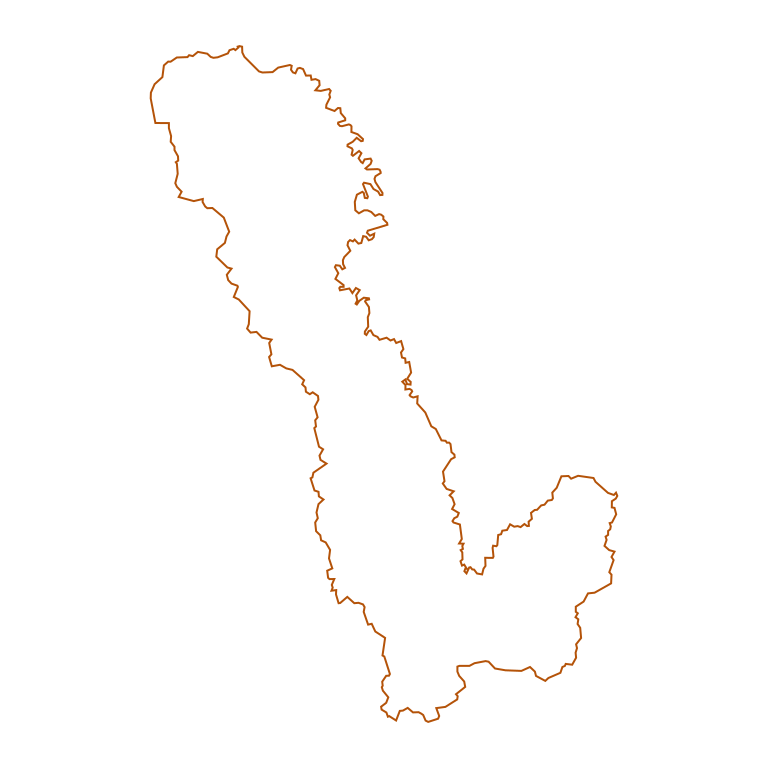 Myawaddy, Kayin, Myanmar (orthographic projection)
{"feature_id": "60261553B30562402338544", "entity_name": "Myawaddy", "entity_type": "district", "adm_level": 2, "iso_a3": "MMR", "parent_name": "Myanmar", "parent_adm1": "Kayin", "projection": "orthographic", "projection_center": [98.555, 16.566], "detail": "fine", "context": "isolated", "style": "outline", "palette": "amber", "viewbox_px": 768, "rotation_deg": 0, "n_neighbors": 0, "source": "geoboundaries", "source_scale": "gbopen_adm2", "svg_char_len": 6077}
<svg xmlns="http://www.w3.org/2000/svg" viewBox="0 0 768 768"><path d="M178.7,197.0L193.8,201.1L202.8,199.0L202.6,202.0L205.2,206.5L207.3,208.2L212.4,208.0L223.8,217.6L229.2,231.7L226.5,236.5L224.9,242.9L217.2,249.3L216.3,256.7L227.4,267.5L231.5,268.6L226.8,274.8L228.2,280.1L231.5,283.6L237.4,285.7L237.9,286.9L233.8,297.0L238.8,299.5L249.6,311.2L248.8,324.2L247.1,328.6L250.6,332.6L256.5,331.9L262.2,337.7L271.6,339.6L269.2,343.0L271.4,354.3L269.1,357.0L271.8,366.3L280.0,364.8L286.3,368.4L292.5,369.9L304.1,380.2L302.2,384.3L305.5,387.4L305.9,391.7L309.8,394.2L312.7,392.3L318.0,396.0L318.4,399.8L314.7,406.8L317.6,417.3L315.2,420.3L316.0,426.5L314.3,428.1L319.0,446.7L323.1,449.3L319.5,455.6L320.5,459.9L326.5,463.6L313.4,472.7L312.4,477.4L310.6,478.3L314.5,490.5L318.5,491.8L318.9,496.4L323.5,499.5L318.5,504.1L316.5,512.5L317.8,518.2L315.2,522.5L316.1,531.2L320.3,535.3L321.1,540.3L325.7,542.4L330.1,549.9L329.0,558.4L332.3,568.4L327.2,570.7L328.1,577.8L329.5,579.1L334.3,579.0L331.8,584.9L332.7,587.6L331.5,590.7L336.2,590.1L336.0,594.4L338.6,603.2L340.2,603.0L347.3,596.9L354.3,603.2L358.5,602.8L363.0,604.4L364.6,607.1L363.7,611.9L368.1,624.6L371.7,623.8L375.3,631.5L385.1,637.9L382.5,655.5L384.3,656.5L389.9,674.0L389.0,675.7L386.2,675.8L382.2,681.7L382.7,685.7L381.8,687.2L382.9,690.7L388.3,697.3L386.2,702.8L381.1,706.7L381.6,709.6L386.4,712.5L387.9,716.7L389.2,716.1L396.1,720.5L399.8,710.9L402.9,710.6L407.7,707.9L413.0,712.4L418.6,712.2L421.2,713.6L423.2,715.0L425.6,720.6L428.2,721.9L438.1,718.7L439.2,716.0L436.3,708.1L445.4,706.9L457.2,699.4L457.7,696.2L456.0,694.2L465.2,686.9L464.2,681.5L459.2,675.9L457.4,671.6L457.4,666.6L459.3,665.9L469.4,665.9L474.5,663.2L485.6,661.1L488.6,661.7L495.0,668.5L505.5,670.3L521.4,670.9L530.0,667.0L534.9,671.6L536.0,675.9L545.3,680.9L548.4,678.0L560.4,672.8L562.4,667.0L564.9,665.9L565.7,663.9L572.2,664.7L576.1,657.7L575.6,652.7L577.0,648.1L576.1,644.3L581.1,638.0L580.2,627.8L577.6,624.0L578.3,619.3L575.5,617.2L577.8,613.3L575.8,611.8L575.8,606.7L583.6,601.6L588.0,593.4L594.6,592.7L611.1,583.4L611.5,574.7L609.3,572.2L613.6,560.1L611.5,557.0L614.5,551.6L609.2,550.1L604.5,545.9L606.6,539.9L605.6,536.6L608.1,534.9L608.1,531.0L610.2,529.3L610.8,526.4L609.7,523.1L612.0,522.5L616.2,514.3L614.5,507.9L611.8,507.4L611.9,501.2L615.8,498.6L617.3,495.9L616.0,492.7L613.9,495.0L608.0,492.9L595.5,481.8L593.5,478.0L578.1,475.8L571.1,478.7L568.5,476.0L561.4,476.3L556.7,487.8L552.3,492.6L552.9,498.4L551.8,500.0L547.8,500.6L544.5,504.7L541.2,505.4L537.1,509.8L534.7,510.0L531.0,512.9L531.9,518.8L528.6,521.7L528.9,525.9L527.2,526.1L524.4,524.0L520.6,527.1L517.7,526.1L514.2,526.7L510.1,524.3L507.0,530.0L502.3,530.7L501.1,534.2L498.2,535.0L497.3,545.1L496.4,546.2L493.1,545.7L492.6,547.9L493.5,556.6L492.8,557.9L485.2,557.8L485.5,565.9L483.5,568.7L482.1,574.4L477.0,573.5L474.1,569.6L472.2,569.4L470.5,567.2L469.2,567.5L466.5,573.4L464.4,571.2L465.3,568.7L466.8,568.8L464.2,564.6L462.0,565.6L460.5,561.2L462.5,559.4L462.3,552.4L460.7,550.1L462.9,548.9L462.3,546.0L463.5,543.7L459.1,543.5L461.8,539.0L459.9,524.5L453.5,522.5L452.5,521.1L454.3,518.2L457.3,516.7L458.8,513.0L452.1,509.0L454.6,504.2L452.4,498.0L449.6,495.3L453.7,491.3L446.6,488.9L442.8,483.5L444.5,481.2L443.0,471.6L451.1,459.2L454.7,457.3L454.4,454.6L451.5,452.2L450.5,444.1L449.1,442.6L446.9,442.7L445.6,440.8L441.5,440.4L435.8,429.0L431.3,426.3L425.3,412.5L417.2,403.5L417.6,396.3L413.2,397.5L410.5,396.3L409.6,395.1L412.2,391.4L411.5,390.0L409.6,388.9L405.4,389.5L405.5,385.1L402.3,381.7L405.3,379.5L407.1,384.1L410.5,384.6L410.7,381.9L407.2,378.8L411.1,372.6L409.2,362.0L405.6,362.8L405.2,358.4L402.0,357.5L401.0,352.5L403.4,349.1L401.1,341.1L396.2,343.0L394.0,339.1L390.5,340.5L386.6,337.7L379.5,339.8L377.5,336.9L373.4,335.1L370.7,330.4L368.7,331.1L366.4,335.0L364.8,333.8L364.9,331.5L368.2,326.7L367.8,317.2L369.4,313.1L368.9,307.0L365.1,301.5L365.7,300.2L369.1,299.4L368.9,298.3L363.8,297.7L359.4,300.8L356.8,304.5L355.6,303.7L357.3,300.4L356.1,295.3L359.7,290.1L355.9,288.0L352.4,293.1L349.4,288.5L340.0,290.3L339.3,288.1L340.3,286.8L343.6,286.8L343.6,285.1L335.4,278.9L338.3,273.2L334.9,267.1L335.9,265.2L339.8,265.7L342.3,269.3L345.0,267.9L343.1,264.2L342.9,260.2L344.3,257.0L350.3,250.8L347.5,245.3L348.1,242.0L350.0,240.1L352.9,241.4L354.6,239.6L358.4,243.6L361.3,243.0L363.2,236.1L366.2,236.8L368.7,240.3L371.9,239.2L373.7,237.1L374.2,233.7L370.0,235.7L367.0,232.8L367.8,230.7L387.4,224.8L387.1,222.9L383.3,219.2L383.4,216.5L381.2,214.7L379.1,214.1L375.2,215.9L371.3,212.0L367.4,210.3L364.2,210.3L358.9,213.3L355.3,210.3L354.8,201.9L356.9,194.7L362.4,191.8L363.8,193.0L364.8,197.9L367.3,198.2L367.9,196.6L363.0,184.1L364.0,182.7L370.4,184.1L373.5,189.0L378.1,191.6L380.1,195.1L382.4,194.9L382.5,193.0L375.4,182.1L374.5,178.9L375.5,176.2L380.7,173.0L380.6,171.8L379.6,169.7L377.6,169.1L367.0,169.5L365.5,168.4L370.6,163.9L371.7,160.8L370.6,158.6L364.6,159.4L362.7,163.1L361.1,162.0L358.6,158.3L361.4,153.2L359.1,151.0L352.9,155.8L351.6,154.7L352.7,150.0L351.9,148.4L347.5,146.3L347.6,144.6L352.7,141.8L356.7,137.8L361.1,141.2L362.7,140.9L363.0,139.1L357.6,134.2L351.4,132.0L351.5,126.3L350.5,125.1L348.9,124.4L342.0,126.2L339.9,125.9L338.0,123.8L338.2,122.5L345.2,120.3L345.2,118.3L340.8,113.1L340.3,108.2L338.0,108.0L334.5,111.0L326.1,107.8L326.4,104.7L330.1,97.3L329.3,94.5L330.7,90.8L329.1,89.0L320.8,90.9L315.4,90.3L319.6,85.2L319.2,80.8L315.6,79.1L311.5,79.8L310.7,75.5L306.0,75.6L303.1,69.1L299.9,67.9L297.6,68.5L295.4,73.3L292.9,72.4L291.0,69.7L291.7,65.8L289.9,65.0L278.2,67.6L272.6,72.1L262.4,72.5L259.0,71.4L244.4,56.8L242.3,52.5L242.1,46.7L239.5,46.1L237.8,46.6L238.4,47.5L235.4,50.1L233.7,48.8L229.5,50.2L227.9,53.4L217.7,57.3L213.4,57.8L210.7,56.9L207.3,53.7L197.9,51.9L192.8,56.1L189.1,55.2L187.5,57.1L176.8,57.5L170.6,61.7L168.2,61.6L163.9,65.4L162.4,77.1L154.6,84.2L150.9,92.6L150.7,98.4L155.4,123.0L168.9,123.1L168.9,128.2L171.1,136.1L170.7,141.8L174.5,146.7L174.5,150.1L178.0,156.3L178.2,160.6L175.8,162.2L176.9,163.8L177.7,173.8L175.3,183.2L176.9,186.8L181.6,191.7L178.7,197.0Z" fill="none" stroke="#b45309" stroke-width="2"/></svg>